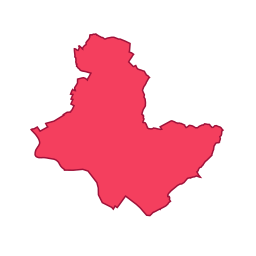 Harau, Hunedoara, Romania, rotated 19°
{"feature_id": "2599482B17329602962763", "entity_name": "Harau", "entity_type": "district", "adm_level": 2, "iso_a3": "ROU", "parent_name": "Romania", "parent_adm1": "Hunedoara", "projection": "mercator", "projection_center": [22.984, 45.914], "detail": "fine", "context": "isolated", "style": "filled", "palette": "rose", "viewbox_px": 256, "rotation_deg": 19, "n_neighbors": 0, "source": "geoboundaries", "source_scale": "gbopen_adm2", "svg_char_len": 5571}
<svg xmlns="http://www.w3.org/2000/svg" viewBox="0 0 256 256"><g transform="rotate(19 128 128)"><path d="M67.8,49.9L67.3,49.6L66.9,49.6L66.2,50.1L65.8,50.3L65.1,50.4L64.8,50.6L64.2,51.0L63.8,51.5L63.6,51.7L63.3,51.8L62.8,51.8L62.4,52.0L62.0,52.2L61.7,52.4L61.7,52.6L61.9,53.2L61.9,53.6L62.2,54.6L62.2,56.1L62.0,56.7L61.9,57.0L61.6,57.8L61.2,58.7L61.1,59.0L60.9,59.8L60.5,60.8L61.2,62.8L60.1,64.1L59.3,66.1L59.0,67.1L59.4,68.1L58.8,67.9L57.7,67.2L56.7,66.8L55.4,66.2L54.8,66.6L55.9,67.9L55.5,70.9L54.5,71.0L53.0,70.4L51.9,70.4L51.5,70.5L51.9,71.7L52.5,73.1L54.2,76.6L54.6,78.1L55.8,78.7L56.9,81.4L57.1,82.5L57.7,83.4L58.4,84.6L58.9,84.4L59.3,86.4L60.1,86.6L61.6,87.7L63.0,88.1L63.4,88.6L64.7,89.0L66.2,89.0L69.4,88.5L75.1,88.2L74.8,89.8L74.6,91.5L74.4,92.0L74.3,93.4L73.9,94.0L74.0,95.9L71.8,95.0L69.7,94.9L68.3,95.6L64.4,98.2L65.6,101.9L64.9,105.4L64.4,107.1L64.7,107.7L64.7,108.4L65.7,109.1L66.1,109.8L65.6,109.9L63.4,109.9L63.1,109.7L62.8,111.2L62.7,114.7L65.0,114.2L64.7,119.2L65.5,119.1L66.6,118.9L66.2,123.9L69.7,124.5L69.2,129.0L68.9,129.8L68.7,130.2L68.5,131.3L68.4,131.7L68.0,131.9L67.5,131.9L67.1,132.2L66.2,132.6L65.4,132.9L65.0,133.3L62.5,136.4L63.1,136.8L55.8,145.6L49.2,150.1L48.7,150.5L50.7,152.4L51.8,153.1L45.9,159.6L41.9,156.6L39.4,159.4L37.7,160.2L36.9,161.0L37.6,161.5L39.0,162.2L40.3,162.9L42.6,164.1L43.9,165.0L45.3,166.0L46.3,166.8L47.0,167.4L47.5,168.0L48.0,168.5L48.5,169.2L49.1,170.2L49.4,171.1L49.5,172.1L49.3,173.1L49.2,174.2L48.8,175.3L48.6,176.3L48.3,177.5L48.0,179.0L48.1,180.3L48.2,181.3L48.4,182.1L48.6,182.7L48.8,183.4L49.2,184.0L49.9,184.6L50.8,185.0L52.0,185.1L53.1,185.1L54.4,184.7L55.7,184.3L57.1,183.7L58.3,183.3L59.6,183.0L61.1,182.7L62.6,182.5L66.3,181.9L67.9,181.6L69.3,181.6L70.7,181.8L71.8,182.2L72.9,182.7L73.8,183.3L74.7,184.2L75.4,184.8L76.7,185.9L78.5,186.9L79.9,187.4L81.3,187.9L81.6,188.5L89.8,185.8L98.7,181.8L104.2,181.7L116.3,189.7L119.4,194.3L121.8,200.8L128.0,206.9L138.4,208.3L140.5,209.5L141.2,206.0L143.7,206.7L144.7,203.6L147.8,193.2L148.0,193.2L160.0,197.2L160.7,197.4L161.8,197.9L165.1,199.3L166.4,200.0L169.1,201.6L174.0,204.4L177.2,203.7L178.2,201.8L178.9,200.1L179.4,199.3L179.6,199.4L181.0,197.9L181.4,197.6L182.0,196.8L182.8,196.0L184.0,194.7L184.3,194.4L184.9,194.5L185.0,193.8L188.3,190.3L189.3,189.1L190.5,186.8L190.6,185.9L191.1,184.8L191.6,184.1L192.0,183.4L191.8,183.3L191.3,182.9L190.4,182.1L190.3,181.2L190.0,180.2L189.7,179.8L189.1,179.3L188.5,179.4L188.3,179.6L188.3,179.9L188.0,179.9L187.9,179.8L187.7,178.9L187.4,178.6L187.4,178.2L187.7,176.7L187.9,176.1L188.4,175.4L188.5,174.6L189.9,172.1L191.5,169.5L193.5,166.2L195.3,164.2L197.0,163.4L198.7,161.3L200.1,157.7L200.7,156.2L202.9,154.7L203.2,155.0L203.8,154.5L204.5,153.8L205.7,153.0L206.5,152.7L208.2,151.2L208.6,151.1L212.0,151.1L212.5,151.0L209.8,149.3L209.0,148.5L208.8,148.2L207.4,147.1L208.2,145.6L208.1,144.2L208.6,142.1L209.8,141.3L210.3,140.0L210.5,139.1L211.1,138.3L211.1,137.4L212.1,134.1L212.7,133.5L213.5,131.9L214.3,130.3L216.2,126.4L216.1,126.2L216.0,125.7L215.8,125.0L215.9,124.7L215.9,124.1L215.9,123.7L215.8,122.3L215.9,121.4L215.9,120.1L215.8,119.9L215.6,119.3L215.6,118.8L215.3,117.9L215.3,116.7L215.4,116.3L215.6,115.9L215.6,115.5L215.6,115.1L215.9,114.3L216.2,113.5L216.8,113.1L218.7,112.3L219.1,111.5L218.8,110.7L218.9,109.9L218.9,109.3L218.8,108.0L217.6,106.3L218.5,104.9L218.5,103.7L218.4,102.9L217.7,100.5L218.5,99.1L218.0,98.9L217.7,98.8L216.1,97.6L214.6,97.1L213.1,97.2L210.7,97.0L209.3,97.7L208.4,99.6L207.2,100.1L206.2,99.5L205.3,99.2L204.2,98.3L203.6,98.1L202.4,98.6L200.8,98.8L199.1,99.1L198.3,100.6L197.6,100.8L196.8,101.3L196.3,101.9L195.8,102.2L194.9,103.1L194.6,103.5L193.8,104.9L193.5,105.2L193.3,105.2L191.9,105.8L191.4,105.7L189.6,105.3L188.5,105.1L187.5,105.1L185.5,105.4L185.0,105.7L183.9,107.6L183.3,108.1L182.8,108.7L181.6,107.9L180.5,107.0L180.5,106.8L178.6,106.6L176.6,106.4L175.9,106.7L175.0,106.6L174.4,106.8L173.6,107.4L173.0,107.2L171.8,107.4L169.9,107.0L169.1,107.0L168.5,107.0L167.8,106.9L167.2,107.0L166.8,107.1L166.5,107.3L166.0,107.7L158.0,116.4L159.6,117.5L160.3,118.2L159.1,118.8L158.0,118.9L156.2,119.2L154.3,119.3L152.9,119.6L152.1,119.7L151.5,120.6L150.1,121.4L148.8,121.6L147.8,121.9L147.5,121.8L146.9,121.7L146.4,121.6L146.2,121.5L146.1,121.2L146.1,120.9L145.5,120.4L145.2,120.0L144.6,119.5L144.2,118.7L143.9,118.4L143.4,118.3L143.1,118.1L142.9,117.8L142.7,117.6L142.4,117.5L142.0,117.5L141.7,117.5L140.7,117.9L140.4,117.9L140.2,117.8L140.2,117.6L140.1,117.0L140.1,116.8L140.1,116.5L140.2,114.2L139.2,113.6L139.1,113.2L139.1,112.5L139.0,112.1L138.1,111.4L138.3,111.0L136.7,110.6L136.5,109.1L136.4,107.6L136.4,105.4L137.0,102.7L137.2,101.6L137.0,100.5L136.6,99.8L136.5,98.9L136.0,97.7L135.1,95.9L134.8,95.1L133.0,93.6L132.7,91.3L130.5,89.0L129.4,87.6L129.5,83.6L130.0,82.3L130.5,79.6L130.5,78.2L130.7,77.7L131.2,74.8L131.3,74.1L131.9,73.3L129.7,72.1L128.1,71.9L126.9,70.7L126.0,70.1L125.2,69.2L124.7,69.0L123.3,69.1L122.0,69.0L118.5,69.1L117.5,68.7L116.8,68.3L115.0,66.4L114.6,66.7L113.8,67.7L113.0,68.2L112.7,68.1L111.2,67.3L107.1,65.3L107.7,62.3L108.0,61.5L108.1,60.8L108.3,60.4L108.4,60.0L108.5,59.7L108.5,59.2L108.6,58.7L108.9,57.8L109.1,57.0L109.3,56.5L108.7,56.3L107.9,56.1L106.9,55.8L105.8,55.8L105.1,55.7L104.6,55.7L104.4,55.7L104.3,54.9L104.2,54.1L102.6,48.0L102.4,47.4L98.9,47.0L97.4,46.8L93.9,46.6L92.0,46.5L91.5,46.5L90.7,46.8L90.4,47.0L88.3,46.9L85.1,46.8L83.1,47.5L80.5,49.0L79.1,49.8L77.7,51.1L76.9,51.4L76.4,51.3L74.7,50.7L73.4,51.0L72.3,50.7L71.0,50.6L69.4,50.3L68.9,50.0L68.2,50.3L68.0,50.2L67.8,49.9Z" fill="#f43f5e" stroke="#9f1239" stroke-width="1.5"/></g></svg>